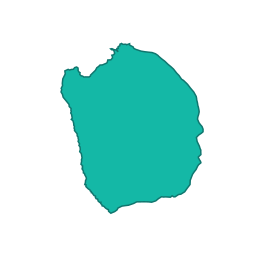 Malabo, Bioko Norte, Equatorial Guinea, rotated 314°
{"feature_id": "11065452B197102371645", "entity_name": "Malabo", "entity_type": "district", "adm_level": 2, "iso_a3": "GNQ", "parent_name": "Equatorial Guinea", "parent_adm1": "Bioko Norte", "projection": "robinson", "projection_center": [8.719, 3.675], "detail": "fine", "context": "isolated", "style": "filled", "palette": "teal", "viewbox_px": 256, "rotation_deg": 314, "n_neighbors": 0, "source": "geoboundaries", "source_scale": "gbopen_adm2", "svg_char_len": 2834}
<svg xmlns="http://www.w3.org/2000/svg" viewBox="0 0 256 256"><g transform="rotate(314 128 128)"><path d="M189.7,70.6L186.9,69.2L186.8,68.3L184.6,66.2L184.3,64.6L183.6,64.4L182.7,64.0L181.5,65.0L179.7,64.4L179.2,64.9L178.7,65.0L178.4,65.7L177.5,64.8L176.7,65.2L176.1,67.3L175.8,67.2L176.0,65.6L175.4,64.5L174.8,63.8L173.9,61.3L172.9,60.6L172.9,61.8L173.7,62.7L173.9,64.0L172.5,66.5L170.7,66.8L169.1,65.8L168.6,67.0L167.6,68.2L165.1,68.3L162.9,66.2L161.1,67.3L159.9,67.6L155.5,65.7L153.8,64.1L151.8,64.1L149.7,63.7L146.9,64.5L140.0,64.3L139.2,64.9L137.6,64.5L135.0,61.7L134.0,60.9L133.8,59.3L133.0,58.1L133.0,56.1L134.5,55.1L134.2,53.5L134.8,51.9L135.8,51.2L136.5,50.0L136.1,48.6L134.4,47.7L132.2,47.9L130.8,46.6L129.1,45.7L128.6,44.2L125.2,42.9L123.3,45.3L118.0,47.0L114.4,49.8L113.0,51.5L110.1,52.4L109.6,53.6L107.4,54.8L106.7,57.4L105.1,60.0L104.0,69.2L102.6,70.8L102.5,73.5L101.0,74.7L100.6,75.6L99.0,76.4L98.6,77.9L96.3,81.1L94.8,81.2L95.0,83.3L93.6,85.7L92.3,87.1L92.0,88.3L90.4,89.4L90.0,90.5L89.0,91.3L88.5,95.4L87.0,97.0L86.9,98.3L86.0,99.2L85.1,100.7L83.7,101.4L82.9,104.2L81.4,104.8L81.0,106.7L79.4,108.6L77.4,109.7L77.2,112.1L74.6,115.7L72.6,116.7L72.2,117.5L69.2,119.4L69.3,120.2L69.1,121.8L68.1,122.2L67.7,123.2L66.7,123.3L66.2,125.6L64.7,127.1L65.1,128.3L64.4,129.2L63.4,132.3L62.4,133.5L60.8,133.9L59.2,135.2L57.3,136.2L58.0,137.1L56.6,138.5L56.6,141.8L57.0,143.6L56.5,144.7L56.8,145.7L56.0,146.5L56.4,147.2L55.8,150.4L56.4,152.0L55.3,152.9L55.0,154.3L55.8,155.5L54.7,157.3L54.8,159.3L55.7,160.1L54.7,160.8L54.7,162.4L54.0,163.5L54.9,164.9L54.8,167.5L55.2,169.6L55.7,170.5L54.6,171.9L54.8,174.9L55.4,175.1L58.6,176.5L61.5,177.0L63.5,176.4L67.6,177.9L70.2,179.9L72.8,182.0L77.7,184.5L81.0,185.6L83.0,187.7L86.0,190.7L88.8,193.7L91.1,196.6L94.9,198.6L98.5,199.0L101.9,199.9L103.0,201.5L104.6,202.9L106.2,204.8L107.7,206.6L109.9,206.9L110.3,208.8L111.3,209.7L115.3,210.6L117.1,212.0L121.5,213.1L126.0,212.4L130.4,211.9L133.6,209.1L139.5,206.6L142.5,206.1L145.4,205.8L148.9,204.6L150.6,204.3L153.6,204.6L153.9,204.2L154.1,203.8L154.4,203.2L154.5,202.7L154.7,201.9L154.8,201.3L155.1,200.7L155.3,199.9L155.3,199.6L155.6,199.3L155.7,199.1L156.0,198.7L159.5,198.9L161.4,196.9L162.7,195.7L163.3,194.1L164.5,192.0L166.3,187.1L167.7,185.2L168.7,183.8L171.9,183.7L175.2,184.4L177.4,184.6L179.3,182.8L180.5,180.2L180.7,177.9L181.1,175.4L182.6,171.9L184.5,170.5L186.8,169.4L189.0,168.0L190.1,166.7L191.9,164.1L192.7,162.6L194.2,160.7L196.1,157.7L197.0,156.7L198.1,155.1L199.6,150.2L200.1,145.0L200.8,140.5L200.8,134.9L200.3,132.6L201.2,128.2L201.3,124.8L202.0,119.8L201.9,116.1L201.6,112.6L201.6,108.1L201.1,103.9L200.9,100.5L201.0,99.1L200.5,96.2L199.0,92.9L196.5,89.7L194.8,87.5L192.3,83.9L190.9,80.9L190.0,79.1L189.3,76.9L189.9,75.3L189.4,73.8L188.8,71.4L189.7,70.6Z" fill="#14b8a6" stroke="#0f766e" stroke-width="1.5"/></g></svg>